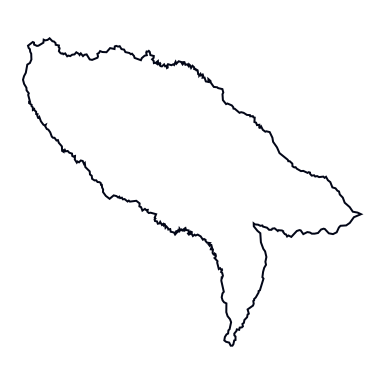 the district of Popayán, Cauca, Colombia
{"feature_id": "7082276B86437588749871", "entity_name": "Popayán", "entity_type": "district", "adm_level": 2, "iso_a3": "COL", "parent_name": "Colombia", "parent_adm1": "Cauca", "projection": "equal_earth", "projection_center": [-76.57, 2.442], "detail": "fine", "context": "isolated", "style": "outline", "palette": "ink", "viewbox_px": 384, "rotation_deg": 0, "n_neighbors": 0, "source": "geoboundaries", "source_scale": "gbopen_adm2", "svg_char_len": 5858}
<svg xmlns="http://www.w3.org/2000/svg" viewBox="0 0 384 384"><path d="M184.4,62.1L183.3,62.1L183.5,63.4L182.6,64.4L181.2,62.0L178.7,61.3L176.4,63.7L175.6,61.8L174.1,65.0L173.2,64.3L171.4,65.2L168.0,64.2L167.5,65.0L167.7,67.6L167.0,68.0L166.5,65.8L165.1,66.3L164.1,64.4L161.9,66.4L160.5,66.1L159.8,65.2L160.4,63.9L160.0,63.1L158.1,64.1L157.9,61.1L156.9,61.9L156.5,63.5L155.3,62.7L153.9,63.1L153.6,60.8L152.1,59.3L153.6,57.9L153.8,56.0L150.4,55.1L149.7,51.8L148.8,50.9L147.9,51.7L146.6,51.5L146.2,52.7L146.8,55.2L144.6,55.7L141.8,58.1L140.9,60.2L134.6,57.9L134.0,56.0L132.0,53.7L130.8,54.2L129.4,53.0L125.4,52.1L124.1,49.6L121.5,49.1L119.7,46.2L118.1,46.6L116.2,45.9L114.8,46.4L114.5,49.0L110.1,48.1L106.5,52.2L102.3,52.0L100.1,51.1L98.9,53.0L97.4,53.8L98.0,56.3L97.5,57.7L92.1,59.9L89.7,59.4L86.6,54.4L84.4,54.8L83.0,56.1L80.8,53.4L79.6,55.0L78.9,53.9L76.3,52.3L74.5,54.4L72.2,54.7L70.2,56.1L68.5,55.6L67.2,56.3L65.2,53.4L63.3,54.2L62.7,53.4L61.3,53.6L60.0,52.6L58.9,51.1L59.6,48.2L58.7,47.1L58.9,45.5L55.7,44.8L55.5,43.0L53.9,41.5L52.4,41.2L49.6,38.3L47.6,39.9L45.2,40.4L43.7,39.7L43.4,42.7L38.4,45.7L37.0,45.9L34.1,44.6L34.0,42.6L32.8,42.0L28.0,45.7L28.7,48.0L29.9,49.2L30.2,51.7L31.2,53.7L31.4,59.5L29.9,63.0L27.3,64.6L25.8,72.8L24.0,76.2L23.0,79.8L24.1,83.9L26.4,87.7L26.6,90.4L28.8,93.3L28.2,94.9L30.0,101.8L29.1,101.8L29.1,103.1L31.6,104.8L31.5,106.0L32.8,107.4L32.9,109.9L34.2,109.1L34.4,110.2L36.1,111.7L36.2,114.0L37.5,114.2L37.2,115.4L38.1,117.9L38.9,118.1L39.4,117.2L40.9,121.3L43.4,124.7L44.6,125.4L45.7,124.8L45.2,126.2L46.8,129.0L48.3,129.6L50.2,132.3L51.8,136.6L53.1,137.8L54.5,137.8L56.5,140.5L57.9,140.1L58.8,142.8L61.9,146.4L62.1,150.9L63.7,151.9L63.9,150.4L64.5,150.7L64.9,150.0L65.6,151.3L67.7,151.0L69.3,152.7L72.0,153.6L72.3,156.0L74.4,157.1L74.3,156.2L75.0,156.0L74.8,159.5L76.8,162.6L77.5,161.5L79.0,162.3L80.8,160.5L82.7,161.0L84.0,164.0L84.8,163.1L85.3,167.0L89.7,171.4L90.0,174.5L91.7,175.7L92.1,178.8L94.5,180.4L96.2,180.3L97.5,182.0L99.6,182.2L100.7,183.0L101.0,184.8L101.8,184.8L102.1,187.5L103.1,189.4L103.0,192.0L105.8,195.9L109.6,198.8L113.7,195.4L116.5,196.1L118.2,197.5L119.3,196.7L120.1,198.1L121.9,197.7L122.8,199.3L124.6,199.1L127.6,201.5L128.8,200.6L129.9,201.6L136.3,200.8L139.6,203.4L139.4,206.4L141.1,207.2L142.4,210.6L144.9,208.9L146.1,210.0L147.7,209.9L147.3,211.6L148.8,213.0L150.6,212.7L156.1,214.2L154.7,217.7L155.4,218.5L154.6,219.4L155.0,221.0L157.0,221.4L157.8,223.7L159.4,223.4L160.2,221.9L161.9,224.9L162.6,224.3L163.4,225.2L163.8,223.8L164.9,224.3L165.5,227.7L166.5,226.5L168.1,228.4L168.3,229.5L170.2,229.1L170.7,231.7L174.0,232.5L175.1,234.5L176.4,233.0L175.8,232.1L176.2,231.2L176.7,231.1L177.0,232.4L178.3,231.5L178.4,230.5L179.2,231.1L179.5,228.6L180.6,230.2L181.6,229.5L182.4,230.6L184.1,230.6L183.7,229.3L184.6,228.6L184.8,229.7L185.6,228.6L186.0,230.0L188.6,230.4L188.8,232.8L188.0,233.5L188.9,234.6L190.4,233.9L190.0,232.7L190.6,231.6L191.8,232.1L191.6,233.6L192.9,236.0L194.5,234.7L195.6,235.5L197.7,234.6L200.7,236.4L202.9,239.7L204.0,239.0L205.5,239.8L205.4,240.7L206.9,242.6L209.7,243.0L208.5,244.2L209.7,245.8L210.6,244.7L211.3,244.9L212.2,248.4L211.1,248.3L210.8,249.3L212.9,249.6L212.6,252.9L213.6,254.5L214.8,255.0L214.9,253.7L215.5,254.1L215.9,256.0L215.5,256.2L215.4,257.7L214.6,258.1L217.5,261.2L217.2,262.7L218.8,269.0L220.1,268.2L221.3,270.0L221.9,269.5L222.1,270.0L221.1,272.0L222.2,272.9L222.9,275.7L222.1,277.8L221.7,277.6L221.3,280.7L223.8,291.8L222.5,293.4L221.7,297.3L222.6,300.4L224.1,302.3L226.4,303.4L226.3,312.2L227.6,316.2L230.0,319.2L231.1,322.2L229.6,329.2L228.4,330.4L228.1,333.5L226.5,334.4L224.9,337.0L224.3,340.4L226.1,341.8L229.2,342.6L230.7,345.7L232.4,345.7L233.4,344.2L234.2,340.5L235.5,340.0L235.5,336.5L234.4,335.4L234.3,333.6L236.4,331.0L236.8,329.4L239.2,329.8L239.7,327.6L241.8,327.4L242.9,326.4L242.4,324.0L243.9,322.8L244.4,320.0L247.1,317.2L247.6,314.5L248.8,313.7L247.6,309.4L253.0,305.6L253.7,303.7L253.3,301.0L254.1,300.3L254.1,299.1L255.8,297.4L258.6,292.5L258.6,291.1L259.9,290.3L263.5,278.6L262.4,277.2L263.1,271.8L264.2,267.8L266.0,264.8L265.4,261.8L266.4,257.0L265.1,251.4L263.3,248.8L260.9,242.3L260.3,233.2L257.5,230.9L253.8,226.3L253.7,223.4L255.0,224.4L258.1,224.7L260.3,225.8L262.4,225.5L263.0,226.6L267.0,227.7L269.1,229.8L271.5,229.8L272.4,228.6L274.6,228.3L277.8,231.0L278.4,230.2L282.0,230.5L283.2,231.2L283.2,232.1L284.8,234.1L286.0,234.4L287.1,236.5L288.5,235.5L291.3,236.9L296.8,231.0L299.4,230.1L300.7,230.4L303.3,234.1L307.3,232.1L309.9,232.5L311.9,233.7L314.4,233.7L318.0,233.0L321.1,229.5L323.6,228.7L324.8,229.0L328.8,233.3L333.0,234.1L336.7,232.3L338.9,227.5L340.5,225.8L346.2,225.4L349.8,222.9L353.9,217.2L361.0,214.2L357.6,212.6L352.8,211.7L349.7,207.1L344.7,202.7L342.8,197.6L339.8,194.5L339.0,191.5L337.4,190.7L335.5,188.3L332.4,187.4L330.3,182.1L327.9,180.2L326.0,176.8L324.6,177.8L323.3,176.6L319.1,177.1L317.1,176.1L315.2,176.5L314.1,175.3L311.7,175.6L310.1,173.9L310.0,172.6L308.7,172.2L307.6,172.9L303.3,170.9L301.0,171.1L296.8,168.7L295.6,167.2L294.3,167.4L292.5,166.3L292.3,163.6L289.7,161.2L288.3,161.2L287.8,159.8L279.5,153.1L277.0,147.4L273.1,141.8L272.4,137.7L269.7,132.1L266.4,131.3L265.3,131.7L262.8,129.8L261.1,126.4L259.9,127.9L259.3,127.6L259.3,124.8L257.0,125.1L256.1,122.7L254.4,122.0L254.7,117.6L253.4,117.3L252.9,116.2L250.2,116.3L249.9,115.1L246.9,114.9L243.6,112.8L241.1,112.2L239.5,112.8L234.8,108.8L233.5,108.6L233.2,107.1L231.8,105.4L227.4,103.5L226.1,104.1L222.9,100.1L222.5,94.2L223.3,92.5L222.4,89.1L218.1,88.1L217.2,87.3L213.8,86.9L210.7,82.5L210.5,81.0L208.4,79.1L208.6,82.0L205.8,81.4L204.5,77.5L202.6,77.7L203.1,75.5L202.7,74.5L201.1,75.5L200.5,73.9L199.2,75.6L199.1,74.5L198.2,74.2L197.6,70.3L196.4,69.6L196.8,70.9L195.7,69.5L194.2,69.1L194.1,67.3L192.5,65.8L191.1,67.9L190.2,65.4L189.0,64.3L188.6,66.1L187.2,64.3L185.4,64.8L184.4,62.1Z" fill="none" stroke="#020617" stroke-width="2"/></svg>